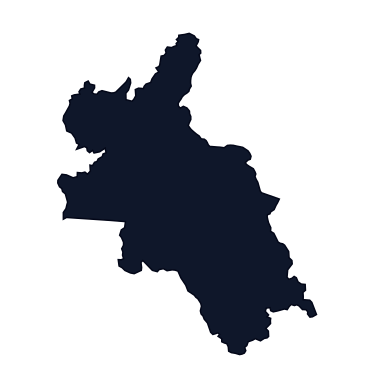 the district of Jaguari, Rio Grande do Sul, Brazil, rotated 275°
{"feature_id": "56859067B1687281772435", "entity_name": "Jaguari", "entity_type": "district", "adm_level": 2, "iso_a3": "BRA", "parent_name": "Brazil", "parent_adm1": "Rio Grande do Sul", "projection": "natural_earth1", "projection_center": [-54.631, -29.469], "detail": "fine", "context": "isolated", "style": "filled", "palette": "ink", "viewbox_px": 384, "rotation_deg": 275, "n_neighbors": 0, "source": "geoboundaries", "source_scale": "gbopen_adm2", "svg_char_len": 3910}
<svg xmlns="http://www.w3.org/2000/svg" viewBox="0 0 384 384"><g transform="rotate(275 192 192)"><path d="M284.9,72.2L282.0,70.7L279.8,71.8L278.5,66.2L277.3,63.8L274.3,64.6L272.5,61.9L269.8,62.8L267.1,62.4L260.1,59.3L256.6,57.6L251.9,57.3L247.8,60.1L241.9,61.9L240.2,66.9L235.6,70.8L230.7,72.7L229.6,75.4L224.5,73.3L227.9,80.9L227.0,83.3L224.0,84.1L222.3,86.5L224.8,89.4L222.3,91.0L224.0,96.5L228.1,101.6L223.6,103.0L222.2,100.1L219.4,99.5L216.8,95.7L214.1,94.7L213.1,92.3L209.6,90.6L209.9,88.0L203.9,88.9L200.7,86.3L202.5,83.6L201.4,80.5L201.4,76.1L197.3,76.3L195.8,72.3L198.1,65.5L198.3,60.9L192.0,57.4L189.3,57.5L185.6,59.6L184.1,62.0L181.2,63.0L179.1,66.0L171.0,69.0L168.5,68.5L164.5,67.9L160.4,65.6L153.7,66.2L155.7,69.2L156.6,113.3L156.7,128.3L150.6,128.0L148.1,124.9L142.6,123.7L140.6,125.7L135.9,128.2L133.0,128.4L129.3,126.9L126.2,128.4L123.0,128.3L119.6,129.7L118.3,127.3L118.2,124.4L111.9,125.8L110.5,129.0L108.0,132.0L106.0,137.7L105.6,141.5L109.5,148.3L112.3,148.4L117.4,147.3L119.5,149.0L110.5,159.3L109.6,164.4L111.9,166.1L113.1,170.2L111.4,174.0L112.7,179.0L112.7,181.8L112.0,184.9L105.5,188.4L98.6,193.9L93.1,196.6L89.4,203.3L87.5,205.0L86.2,207.1L81.9,210.4L79.1,211.4L74.3,210.7L71.3,211.7L69.4,213.8L66.3,215.3L62.9,218.8L53.9,222.8L51.9,225.2L52.9,227.8L53.9,230.1L52.6,231.9L50.5,230.5L48.4,234.4L45.4,234.7L44.4,237.5L43.9,239.9L41.0,241.6L36.6,242.4L35.4,245.2L35.1,249.2L34.2,253.6L34.9,256.0L36.1,258.2L38.6,259.4L41.8,258.0L43.8,260.0L47.7,261.0L49.7,265.4L51.4,267.8L49.7,273.2L52.5,276.8L53.2,279.5L54.8,280.9L60.1,280.2L62.5,277.4L65.1,279.6L67.8,281.7L70.6,281.3L73.0,281.4L74.1,277.6L76.2,279.0L79.5,275.4L82.8,276.1L83.6,279.7L80.6,280.8L79.7,283.4L81.0,287.6L83.5,294.3L83.1,297.1L86.4,298.8L88.6,300.6L87.8,303.9L88.8,306.2L87.9,308.5L84.5,312.3L84.7,315.7L82.8,317.8L80.6,317.7L77.6,320.4L78.2,322.9L80.8,326.7L92.5,321.0L94.5,318.7L94.4,312.1L97.9,311.9L101.7,311.3L104.0,313.6L109.8,312.8L109.8,308.9L111.7,305.5L115.7,303.4L116.8,301.1L114.7,299.0L113.5,296.0L115.5,294.1L122.8,294.1L129.1,298.1L132.5,297.5L135.0,294.4L141.1,293.5L147.1,288.9L148.3,286.9L148.6,284.3L149.6,282.2L158.0,277.1L159.7,273.7L163.3,273.6L166.1,272.0L168.1,270.9L171.0,269.9L174.0,269.0L176.0,269.2L177.0,271.5L179.0,272.1L181.6,275.3L186.1,276.9L188.6,278.1L192.6,279.6L197.3,261.3L198.9,259.9L207.4,256.7L210.2,254.8L212.9,253.4L215.5,254.0L217.4,253.1L220.5,251.1L222.7,246.5L224.1,244.1L225.7,242.5L228.6,244.9L229.7,247.2L232.8,247.7L235.5,246.2L237.9,244.2L240.9,238.7L241.3,235.6L241.6,232.7L242.1,229.1L242.0,226.0L241.5,223.2L238.9,220.2L239.1,216.0L239.0,212.2L239.0,208.3L238.9,205.8L240.4,204.1L242.6,202.9L244.5,201.5L245.7,199.6L245.7,196.6L248.5,194.2L250.0,191.5L252.1,188.5L254.2,185.7L255.9,184.1L257.8,182.5L260.6,183.2L264.1,184.5L267.2,184.2L269.7,182.8L272.4,182.4L275.3,179.6L276.6,175.9L274.6,173.1L276.2,171.1L278.9,170.5L281.2,171.5L283.5,172.9L286.0,174.0L288.3,175.9L290.1,178.3L292.0,180.1L294.4,180.5L297.4,182.0L300.2,181.1L303.0,180.9L306.1,181.0L308.3,181.5L310.5,182.4L313.2,184.3L316.0,185.7L319.9,187.0L321.8,188.0L323.8,189.0L326.3,188.1L329.5,187.1L331.1,188.6L333.8,188.2L335.8,185.7L337.9,183.3L340.0,184.2L342.2,185.1L344.4,185.3L345.1,182.9L347.7,180.7L349.8,175.4L348.3,170.9L347.0,165.2L344.9,165.3L342.5,163.2L340.8,165.2L338.6,163.3L336.5,164.0L335.4,161.3L334.1,159.1L334.3,154.8L331.1,153.1L328.2,154.1L325.6,152.3L324.7,149.4L315.8,148.8L314.0,148.0L312.5,145.3L308.7,148.5L306.5,145.3L301.2,142.3L297.5,141.3L295.5,136.8L293.1,135.1L290.8,134.6L290.8,129.7L289.1,126.6L282.9,127.6L279.0,125.8L277.2,124.3L278.2,118.2L284.6,117.5L288.0,119.8L295.3,121.4L298.9,120.7L300.4,118.8L296.2,116.9L294.4,115.5L284.8,107.3L283.9,105.1L283.6,102.7L285.1,93.5L283.6,90.4L281.1,88.8L281.1,85.9L282.5,83.7L287.2,85.9L289.9,85.6L290.6,80.9L293.5,78.9L291.5,75.7L288.9,75.5L286.2,75.8L284.9,72.2Z" fill="#0f172a" stroke="#020617" stroke-width="1.5"/></g></svg>